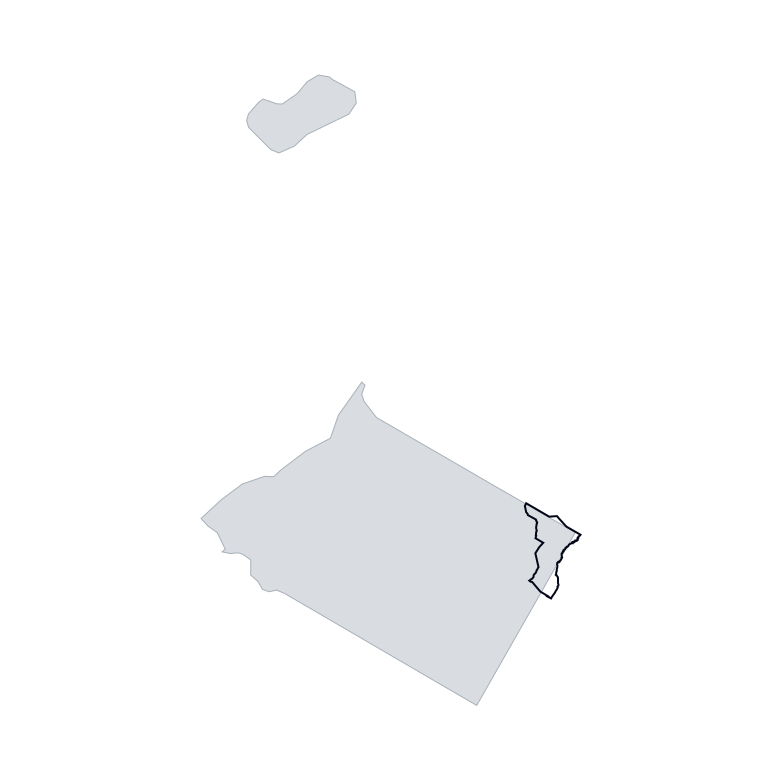 Ebebiyin, Kié-Ntem, Equatorial Guinea (highlighted), rotated 30°
{"feature_id": "11065452B6027875666302", "entity_name": "Ebebiyin", "entity_type": "district", "adm_level": 2, "iso_a3": "GNQ", "parent_name": "Equatorial Guinea", "parent_adm1": "Kié-Ntem", "projection": "albers", "projection_center": [11.284, 1.979], "detail": "medium", "context": "in_parent", "style": "outline", "palette": "ink", "viewbox_px": 768, "rotation_deg": 30, "n_neighbors": 0, "source": "geoboundaries", "source_scale": "gbopen_adm2", "svg_char_len": 2832}
<svg xmlns="http://www.w3.org/2000/svg" viewBox="0 0 768 768"><g transform="rotate(30 384 384)"><path d="M623.9,417.0L624.1,456.5L624.3,489.8L624.5,525.9L624.7,563.5L624.9,595.4L625.0,616.0L590.1,615.9L543.8,615.7L497.5,615.5L451.2,615.3L427.9,615.2L402.3,615.1L394.0,616.2L388.3,621.4L381.5,622.6L373.6,618.1L364.0,616.0L361.4,611.4L356.6,603.0L347.1,602.1L342.3,603.0L335.4,607.8L327.7,610.3L329.2,606.5L313.9,596.1L302.9,595.1L292.8,591.9L301.1,565.2L311.3,541.5L326.7,523.7L334.9,519.4L337.5,510.5L349.7,481.4L364.7,457.7L360.1,433.8L363.8,393.5L368.1,394.6L368.8,398.4L369.9,404.1L375.6,409.1L394.2,416.8L449.9,416.9L483.2,416.9L532.3,417.0L584.4,417.0L623.9,417.0ZM183.0,145.4L187.2,146.1L212.6,145.5L219.5,154.5L218.7,167.8L192.5,206.4L187.5,222.7L177.4,236.5L168.6,237.6L138.4,229.4L133.3,224.5L131.6,217.9L134.6,202.5L136.8,197.7L151.3,194.9L155.9,192.4L163.7,175.8L166.3,160.6L172.8,149.2L183.0,145.4Z" fill="#d9dde1" stroke="#a8b0b8" stroke-width="1"/><path d="M608.2,481.6L609.7,481.9L611.4,481.4L623.1,485.6L632.0,485.8L631.7,486.3L635.9,486.2L635.9,483.7L636.3,479.7L636.4,478.9L636.2,478.1L636.4,475.5L636.2,473.4L635.7,473.0L635.5,472.7L635.8,471.4L635.4,470.5L634.8,470.0L633.8,468.8L632.4,466.2L631.3,464.5L629.3,463.5L628.8,463.6L628.2,463.4L628.3,462.8L627.2,460.8L627.2,459.8L626.4,458.4L625.6,455.7L624.6,454.1L624.0,453.6L623.5,452.3L623.9,451.8L623.7,451.3L624.0,451.0L624.7,450.9L624.9,450.5L624.7,450.2L624.5,449.7L625.0,449.2L625.1,448.3L625.1,446.1L625.0,445.3L624.5,445.3L624.3,444.3L623.5,443.6L622.6,442.1L622.6,441.7L622.9,441.4L623.0,440.5L622.6,439.8L622.6,439.6L623.0,439.6L623.2,439.0L622.6,438.0L622.7,437.6L623.3,436.9L623.5,436.4L623.5,435.9L623.2,435.6L623.1,435.0L623.5,434.5L623.9,434.1L623.7,433.5L624.3,433.1L624.5,432.7L624.6,431.7L624.5,430.7L624.8,430.3L625.1,429.4L625.5,429.1L625.7,428.4L626.3,427.8L626.1,427.2L626.3,427.1L626.7,427.5L627.1,427.5L627.1,427.1L626.8,427.0L627.0,426.7L626.7,426.2L627.0,426.0L627.4,426.2L627.7,426.0L627.4,425.2L627.6,425.0L627.9,425.2L628.1,425.1L628.2,424.9L627.9,424.6L627.8,424.0L629.1,423.7L629.3,423.5L629.1,423.0L629.5,422.8L629.8,422.3L629.7,422.0L629.2,421.9L628.5,420.3L628.6,420.0L629.2,419.9L628.7,418.7L629.4,417.5L629.6,416.8L629.6,416.3L613.2,416.3L602.5,412.9L599.9,411.9L593.4,416.3L566.8,416.2L567.0,419.2L571.3,424.0L573.3,424.6L574.1,425.6L583.3,425.4L583.7,425.9L584.1,426.0L584.6,426.7L585.1,426.9L585.6,427.0L585.9,427.3L586.0,428.2L586.3,428.6L586.2,429.2L586.9,430.5L587.3,431.9L588.5,433.6L589.8,434.8L589.7,435.8L591.2,439.2L591.7,439.3L592.3,441.8L601.3,441.9L600.0,447.6L599.7,454.9L609.4,465.4L609.3,466.5L609.5,467.4L609.3,469.0L609.6,469.7L609.8,471.9L609.7,472.5L609.2,473.6L609.2,474.3L609.3,475.0L610.0,476.4L609.6,478.7L608.7,480.1L608.6,481.0L608.2,481.6Z" fill="none" stroke="#020617" stroke-width="2"/></g></svg>